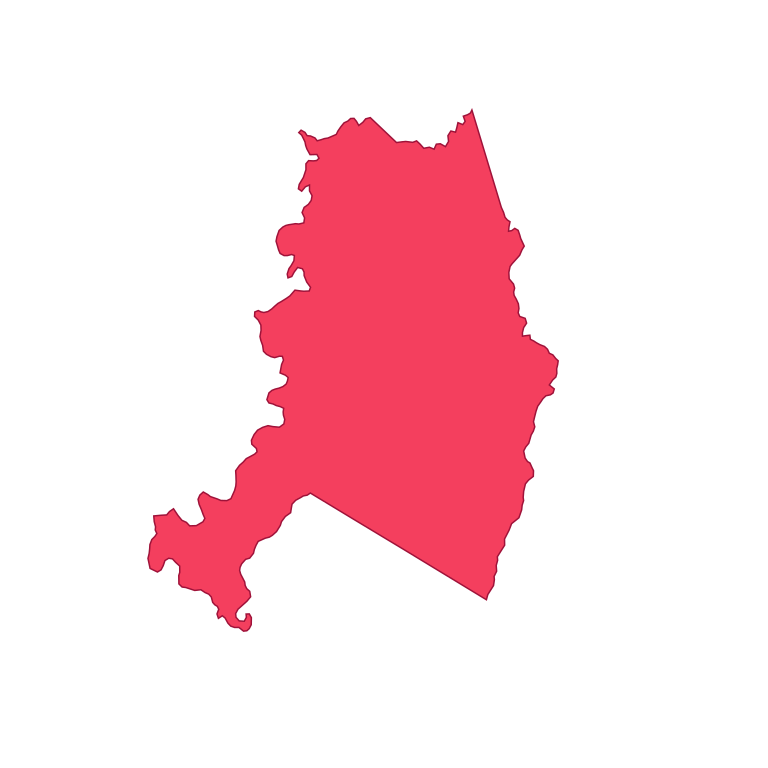 the district of Uirapuru, Goiás, Brazil, rotated 206°
{"feature_id": "56859067B35943950615068", "entity_name": "Uirapuru", "entity_type": "district", "adm_level": 2, "iso_a3": "BRA", "parent_name": "Brazil", "parent_adm1": "Goiás", "projection": "robinson", "projection_center": [-49.926, -14.136], "detail": "fine", "context": "isolated", "style": "filled", "palette": "rose", "viewbox_px": 768, "rotation_deg": 206, "n_neighbors": 0, "source": "geoboundaries", "source_scale": "gbopen_adm2", "svg_char_len": 4741}
<svg xmlns="http://www.w3.org/2000/svg" viewBox="0 0 768 768"><g transform="rotate(206 384 384)"><path d="M410.6,134.3L413.8,138.8L417.7,139.9L420.5,142.1L422.4,145.0L429.4,150.2L432.0,153.1L433.0,156.1L433.1,160.0L431.5,165.8L428.4,168.6L427.1,174.6L428.0,178.5L428.3,182.9L428.1,187.4L423.1,193.4L419.9,196.1L418.0,199.1L415.9,204.3L415.2,211.5L415.8,215.4L414.6,221.7L411.5,227.4L412.9,231.9L414.0,235.7L412.4,240.8L409.2,245.3L407.4,248.1L404.3,250.4L402.4,253.7L350.8,249.0L293.4,243.9L197.4,235.0L198.4,240.3L197.2,250.8L199.0,256.5L200.7,259.3L200.7,265.1L203.6,270.1L204.6,275.4L206.4,278.4L205.8,283.9L204.9,292.0L207.7,297.5L207.5,307.4L208.1,314.4L204.1,322.9L205.1,331.2L206.7,335.6L207.4,340.4L209.2,343.1L211.4,348.7L213.1,356.2L212.0,360.9L209.3,366.4L211.6,371.6L214.5,373.9L218.2,377.0L221.0,377.2L224.7,379.3L229.1,385.0L229.0,389.6L227.9,394.2L229.4,402.7L229.1,407.0L229.7,411.6L233.1,415.6L234.2,420.4L235.4,426.1L236.1,431.4L235.3,436.2L234.7,440.6L233.3,444.4L229.7,447.2L228.1,450.0L228.8,454.2L232.0,454.9L235.0,455.6L234.2,461.4L232.6,465.6L233.3,469.3L235.5,473.4L236.4,477.5L237.6,481.2L240.9,482.2L245.0,484.2L248.9,484.1L252.3,486.9L256.2,488.1L261.2,487.7L265.1,487.9L268.2,488.3L272.0,488.3L274.3,491.8L277.6,489.7L280.5,487.7L282.1,490.9L283.2,495.9L282.5,501.2L285.9,504.9L291.6,504.2L294.6,506.8L295.8,511.0L298.4,515.0L302.3,518.2L305.9,520.7L307.8,523.5L308.6,527.4L311.4,530.6L317.6,533.4L320.7,539.0L322.2,544.9L321.6,548.2L318.5,559.1L318.8,565.1L318.4,569.4L324.9,574.7L327.2,577.3L330.8,580.9L334.7,581.2L336.4,577.9L339.0,575.9L340.5,579.8L341.9,585.1L345.1,585.5L348.3,586.9L351.7,590.6L356.0,594.2L425.1,668.8L425.1,665.4L426.9,662.7L430.1,659.5L426.2,655.6L426.9,651.7L432.1,651.3L430.9,646.2L430.1,641.7L434.8,640.7L435.4,635.2L432.3,630.3L432.8,624.3L438.7,624.6L442.1,622.5L441.9,617.0L447.0,616.7L451.6,613.3L456.7,615.4L461.3,616.8L464.1,613.8L467.3,612.7L470.8,611.5L474.5,609.2L478.6,606.5L513.1,617.4L516.7,614.3L517.7,610.0L520.0,605.3L523.9,608.0L527.4,609.6L530.4,608.0L531.8,604.4L534.4,601.2L535.6,596.0L536.3,591.3L536.3,587.4L542.2,580.5L545.2,578.4L547.7,575.9L550.7,573.3L553.9,574.9L558.8,574.7L561.9,573.5L565.3,575.5L569.8,575.8L570.8,572.6L567.1,571.6L563.7,569.0L561.1,566.9L559.0,564.1L556.4,561.5L551.0,557.7L544.9,560.9L541.4,558.4L542.5,555.3L545.4,553.5L549.7,551.7L550.7,547.7L548.1,542.4L547.0,534.3L547.7,526.3L546.5,521.9L542.5,521.2L541.1,526.8L538.2,530.2L535.6,524.9L531.2,521.7L529.9,517.1L530.7,512.3L533.2,507.7L532.8,502.2L528.2,498.5L526.7,493.7L530.6,490.5L533.8,489.3L536.8,487.2L539.4,485.4L541.7,483.5L543.7,480.8L545.6,476.0L544.8,469.4L543.6,465.0L540.0,461.1L537.5,458.3L534.6,455.8L530.1,455.6L527.1,457.1L523.8,459.9L520.9,460.2L519.0,455.3L519.4,449.5L520.0,446.1L519.2,440.4L516.8,437.3L514.0,440.2L513.8,445.2L512.7,450.9L507.8,451.8L504.9,449.5L503.3,446.4L498.2,441.8L492.4,438.7L492.0,434.8L496.8,432.2L499.7,431.1L505.2,429.3L507.2,421.9L509.3,418.1L512.5,413.0L514.6,410.0L516.3,406.1L517.8,402.2L520.0,398.3L523.3,395.6L526.1,394.9L529.2,394.9L531.7,392.1L530.0,388.0L525.0,386.3L520.5,383.0L518.0,378.3L516.3,372.3L513.8,369.2L510.0,365.5L506.7,360.6L502.7,359.2L497.6,359.0L493.8,359.8L490.1,363.2L487.5,364.3L484.8,361.4L484.6,356.7L482.3,348.4L476.4,348.7L473.0,347.8L472.1,344.3L471.9,341.1L473.7,337.4L476.4,334.4L479.6,331.7L481.9,329.2L483.5,325.6L482.4,318.6L479.1,316.5L475.0,317.4L471.4,317.4L467.3,318.2L463.5,318.2L462.4,314.7L460.8,312.0L457.7,308.7L456.5,304.2L459.1,299.3L465.2,297.0L470.0,295.7L474.0,291.9L477.4,287.1L478.6,281.6L478.5,275.3L476.4,271.9L470.4,270.1L468.4,267.4L469.5,264.3L471.9,260.9L475.1,256.5L476.3,252.1L478.2,247.6L479.3,241.0L477.3,237.5L474.0,231.2L472.5,227.4L471.6,222.8L471.3,213.8L474.1,210.3L479.6,207.8L483.5,207.6L490.7,206.7L493.9,207.4L499.1,207.7L500.8,203.5L500.6,198.9L497.4,194.8L493.1,191.1L489.2,187.3L486.1,184.7L486.3,180.8L490.6,174.4L496.5,171.3L500.9,173.0L505.9,172.9L511.5,175.5L518.5,179.6L520.9,175.3L521.9,171.1L527.0,168.2L533.1,164.5L530.2,159.6L526.7,155.5L525.6,152.5L522.6,150.0L523.1,146.5L524.5,142.4L524.0,137.1L522.4,133.2L520.8,128.8L519.7,123.8L513.4,115.7L505.2,115.7L502.9,119.2L502.8,124.0L503.5,129.3L501.1,133.0L497.4,134.1L493.2,132.4L487.8,130.8L485.0,125.2L484.5,121.9L480.7,114.4L476.5,113.0L472.9,114.2L463.6,115.5L458.4,118.8L453.3,118.1L449.4,118.3L445.9,116.9L442.2,112.6L439.4,111.4L436.3,111.1L433.8,109.1L433.3,104.1L430.1,100.8L427.7,104.8L424.2,104.0L419.4,100.6L415.6,99.2L411.5,99.7L407.7,101.6L401.9,100.3L399.1,102.1L397.9,105.0L397.8,109.4L400.8,115.9L404.3,118.3L407.1,116.8L405.4,113.9L405.6,109.5L410.3,107.6L414.7,109.4L416.7,112.6L416.5,117.6L412.0,128.6L410.6,134.3Z" fill="#f43f5e" stroke="#9f1239" stroke-width="1.5"/></g></svg>